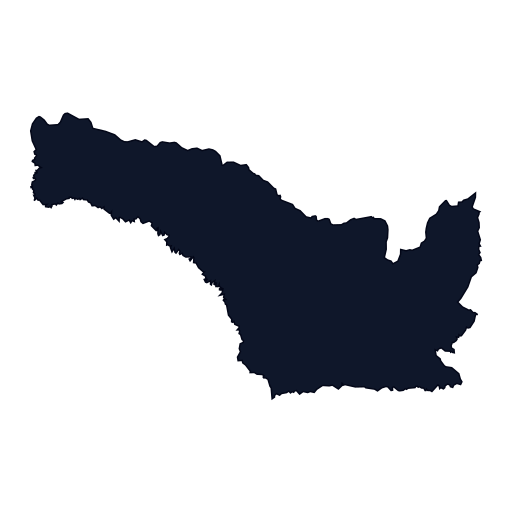 the district of Gorontalo, Gorontalo, Indonesia
{"feature_id": "22746128B1660874628525", "entity_name": "Gorontalo", "entity_type": "district", "adm_level": 2, "iso_a3": "IDN", "parent_name": "Indonesia", "parent_adm1": "Gorontalo", "projection": "natural_earth1", "projection_center": [122.789, 0.702], "detail": "fine", "context": "isolated", "style": "filled", "palette": "ink", "viewbox_px": 512, "rotation_deg": 0, "n_neighbors": 0, "source": "geoboundaries", "source_scale": "gbopen_adm2", "svg_char_len": 6034}
<svg xmlns="http://www.w3.org/2000/svg" viewBox="0 0 512 512"><path d="M245.6,365.0L250.3,371.2L250.1,372.6L254.4,372.5L257.0,374.2L262.0,374.5L263.9,375.5L263.2,377.1L263.8,377.9L265.5,377.8L268.0,379.3L270.0,386.2L271.2,387.9L272.1,398.8L274.5,397.1L274.5,395.4L276.5,393.7L279.6,395.2L281.5,393.5L286.5,392.6L288.8,391.1L290.5,392.9L292.0,391.7L293.7,392.3L294.4,391.0L296.4,390.5L299.6,394.1L303.1,391.5L307.7,392.5L310.2,391.5L314.2,392.4L316.7,389.3L322.6,385.4L329.3,385.8L332.4,385.1L338.4,389.0L342.0,385.5L342.0,383.2L342.7,383.5L342.7,385.3L345.1,384.6L355.3,386.9L364.6,386.7L365.8,387.8L374.6,389.1L377.5,390.9L381.8,387.8L385.9,386.5L387.8,386.8L391.1,390.5L392.6,390.2L392.5,387.5L393.7,386.8L398.3,390.5L399.7,390.8L403.2,390.3L405.4,388.7L406.4,389.3L408.3,388.2L415.0,387.6L415.6,386.5L417.1,386.2L418.2,387.2L419.5,386.7L421.6,388.0L423.8,388.1L425.1,390.5L425.9,390.5L426.6,389.1L427.6,390.4L430.2,390.5L431.9,391.5L437.9,384.9L439.2,386.1L439.7,388.6L440.8,387.6L443.4,388.9L444.7,387.7L445.1,385.8L447.5,384.1L449.7,384.8L450.5,386.7L452.7,387.4L453.7,385.1L456.8,383.4L460.6,384.5L461.9,381.8L460.3,379.1L458.8,373.7L451.7,367.7L445.7,366.8L444.2,365.7L440.7,361.0L440.1,358.8L436.1,355.6L435.1,349.7L437.5,350.8L438.4,349.0L441.3,347.8L445.2,351.0L450.4,351.2L450.7,352.2L451.9,351.4L452.5,352.4L454.3,352.8L454.0,349.5L451.6,348.1L451.1,345.7L452.4,342.3L453.6,342.5L456.2,340.6L457.1,339.0L456.4,336.8L458.6,337.3L458.9,334.9L460.0,335.9L461.4,335.7L465.5,330.2L466.5,327.2L468.0,328.0L470.0,327.5L474.1,321.2L475.4,315.2L476.2,314.3L477.7,314.6L474.9,312.6L473.0,312.6L470.5,309.8L468.8,310.2L462.5,307.0L457.6,302.1L460.8,298.4L467.8,286.9L471.3,276.8L476.0,272.8L477.8,267.5L477.3,264.8L479.2,263.5L480.0,260.6L481.3,260.4L480.7,257.5L478.6,254.6L480.0,252.6L478.6,249.3L478.9,246.2L480.4,246.1L479.1,243.7L480.3,239.8L477.6,231.1L479.2,227.7L479.0,222.6L477.5,217.6L479.1,213.8L478.7,212.7L479.9,211.7L473.4,209.0L472.1,207.0L475.4,197.4L475.5,193.0L467.9,199.0L463.7,200.2L461.9,202.1L458.6,202.2L458.0,206.0L451.6,206.5L449.4,205.4L446.4,200.6L445.5,200.7L439.5,206.8L438.8,210.6L436.4,214.2L429.8,218.3L427.6,222.8L426.3,228.3L425.8,232.1L426.4,238.2L424.5,241.2L421.4,243.1L420.2,247.1L412.2,250.3L409.8,249.8L406.1,250.8L400.7,249.5L400.6,254.2L397.9,261.2L392.9,263.8L391.0,261.1L387.4,259.9L384.3,257.6L386.2,249.3L386.1,241.8L387.5,237.9L387.9,229.8L387.5,226.0L384.9,220.9L380.7,218.8L374.1,218.7L373.4,217.4L372.6,217.8L371.3,216.7L356.0,219.5L354.1,218.4L350.6,219.8L346.5,223.0L343.9,223.3L341.4,224.8L333.1,225.0L330.8,223.9L329.1,219.3L327.8,218.7L324.9,218.7L318.1,221.2L316.5,220.1L316.1,216.5L315.3,215.9L312.2,216.5L311.0,218.0L306.1,216.9L300.1,210.7L295.0,208.4L292.5,204.5L281.3,200.2L280.1,198.8L280.6,196.8L280.1,195.4L278.7,195.8L277.0,194.8L275.6,189.0L273.7,188.2L267.6,182.0L263.2,180.4L258.7,175.7L255.5,175.3L254.7,173.9L253.1,173.4L248.9,169.7L248.5,167.5L246.3,164.7L240.6,165.5L233.5,162.2L227.1,162.3L223.1,165.4L222.1,165.2L219.9,155.8L215.5,151.4L212.8,149.9L208.9,149.0L202.1,150.6L197.0,148.2L192.0,148.8L187.7,150.6L181.6,147.7L176.2,142.9L174.4,142.4L169.6,143.1L162.3,141.9L160.2,142.6L157.1,146.3L154.1,146.6L146.3,140.4L144.7,140.0L142.0,141.9L135.3,139.8L127.8,141.9L124.4,141.8L120.6,140.0L114.8,134.9L105.5,131.4L92.8,128.4L90.9,122.4L88.1,118.8L79.0,119.4L67.6,113.2L65.1,113.6L63.5,115.1L60.4,122.2L58.0,124.7L49.3,125.3L47.2,124.2L44.2,120.1L40.3,117.0L39.0,116.6L36.4,118.2L32.5,123.9L30.7,130.9L32.3,140.9L36.3,149.6L34.1,151.6L34.8,154.2L36.2,154.6L36.5,155.8L34.6,158.1L34.8,159.4L32.6,160.4L32.3,161.5L34.9,163.1L35.2,165.5L37.7,165.1L41.2,167.6L39.4,168.0L37.2,170.5L36.1,170.5L37.1,172.5L36.3,173.8L36.4,172.1L35.1,172.5L35.1,173.9L33.7,175.3L34.2,176.8L33.2,177.4L33.5,178.5L35.0,178.2L35.7,179.3L34.7,180.8L32.3,182.0L31.8,184.8L32.4,185.8L30.9,186.7L31.1,187.6L32.4,187.2L32.5,189.0L33.9,190.4L33.4,192.6L35.1,194.1L35.0,195.1L33.7,195.2L35.0,198.0L34.2,200.6L36.7,198.1L38.0,200.1L39.6,200.1L43.1,204.6L46.7,204.4L45.5,205.3L45.6,206.7L48.9,207.2L50.0,206.3L51.1,207.6L52.0,205.9L51.8,204.6L55.4,203.9L56.3,205.0L57.8,203.1L59.0,203.9L61.9,203.5L63.0,202.5L61.4,201.6L66.4,198.8L69.1,198.4L69.3,197.3L71.5,197.3L72.2,198.4L74.0,197.9L74.9,199.4L75.5,198.3L77.9,199.3L79.2,198.3L80.1,199.6L82.5,198.1L83.5,199.6L87.2,199.9L88.5,202.0L90.7,202.9L92.1,205.8L95.2,205.5L98.1,207.6L100.2,206.8L101.8,208.5L103.9,206.9L104.0,209.0L109.4,213.2L110.3,213.4L111.5,211.8L111.3,215.3L113.7,219.2L115.7,217.6L119.1,221.2L119.2,217.5L119.9,217.3L122.6,218.6L125.5,221.8L129.2,220.0L130.7,222.7L132.0,220.6L134.3,221.5L134.0,219.0L135.9,218.9L137.9,216.6L140.2,218.8L141.0,221.7L143.0,223.4L149.2,221.0L152.2,222.9L151.4,225.7L156.2,230.6L157.2,230.3L157.0,228.2L158.0,227.7L157.9,233.8L158.5,235.5L159.9,234.6L160.6,231.2L162.7,235.5L164.0,235.1L164.7,232.3L167.2,234.8L169.1,235.2L169.2,236.2L167.3,238.5L164.8,239.6L166.8,241.8L166.7,245.1L167.9,244.7L169.6,246.0L171.2,245.8L170.4,247.5L172.0,251.8L174.2,248.2L175.0,252.2L176.0,253.1L178.7,249.5L180.0,251.2L179.3,253.2L179.8,254.4L182.3,253.3L183.0,255.4L185.8,257.0L191.0,256.8L191.1,258.2L189.2,259.1L190.1,260.8L193.3,256.8L193.9,257.8L193.6,262.6L196.1,263.0L198.6,267.7L202.8,271.4L204.4,271.9L202.3,274.2L205.5,276.2L205.9,278.3L207.1,279.3L206.4,280.3L205.2,279.0L204.2,279.4L205.5,282.1L206.8,282.6L210.6,280.7L210.5,284.3L211.4,284.9L212.1,282.4L214.8,280.6L213.9,284.1L214.9,284.7L215.6,282.8L216.4,283.0L215.9,286.5L218.1,286.6L219.2,284.2L219.4,286.4L221.1,287.7L219.5,288.8L219.5,289.8L221.1,290.1L222.2,288.4L223.0,288.7L222.1,292.9L219.8,295.3L224.3,294.2L223.6,297.4L225.8,299.4L223.8,299.4L223.3,300.2L225.0,302.1L225.4,304.1L226.6,304.9L228.5,315.2L231.7,319.1L231.6,321.8L232.8,322.3L234.1,321.4L234.8,324.3L239.2,326.3L239.1,327.7L237.2,329.9L238.9,329.8L239.7,330.9L239.1,333.6L240.6,334.5L242.1,339.6L243.5,340.6L243.3,342.4L240.2,343.8L239.3,348.7L240.5,351.7L237.5,357.1L238.1,360.7L242.2,360.4L242.8,362.9L245.6,365.0Z" fill="#0f172a" stroke="#020617" stroke-width="1.5"/></svg>